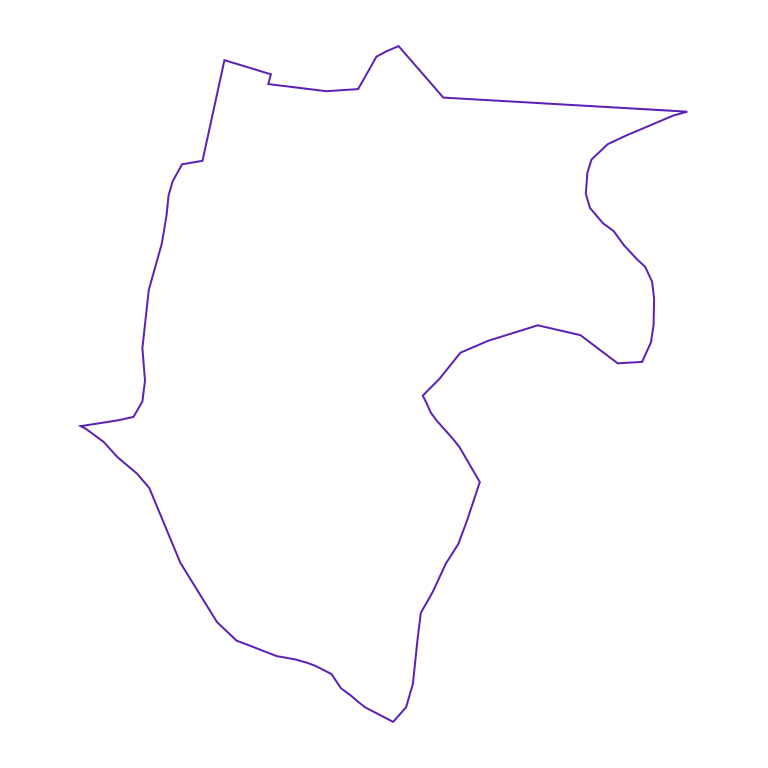 Pusa, Sarawak, Malaysia
{"feature_id": "92858781B40387139442699", "entity_name": "Pusa", "entity_type": "district", "adm_level": 2, "iso_a3": "MYS", "parent_name": "Malaysia", "parent_adm1": "Sarawak", "projection": "equal_earth", "projection_center": [111.164, 1.539], "detail": "fine", "context": "isolated", "style": "outline", "palette": "violet", "viewbox_px": 768, "rotation_deg": 0, "n_neighbors": 0, "source": "geoboundaries", "source_scale": "gbopen_adm2", "svg_char_len": 1157}
<svg xmlns="http://www.w3.org/2000/svg" viewBox="0 0 768 768"><path d="M315.7,666.0L331.5,674.1L340.9,688.2L351.3,695.9L358.6,702.2L364.9,707.2L393.1,721.9L406.1,707.2L412.9,683.9L417.6,638.9L420.8,612.9L432.8,591.8L445.8,563.7L458.3,544.0L467.2,520.1L479.8,482.1L459.4,447.0L452.6,438.5L443.2,428.0L436.4,420.2L430.7,412.5L427.0,404.1L422.8,395.6L439.5,378.8L460.4,352.7L488.1,340.8L537.7,325.3L580.5,335.2L617.6,363.3L642.1,361.9L651.0,342.2L653.6,324.6L654.1,298.6L652.1,281.7L645.3,267.0L636.9,259.2L623.9,245.2L613.5,230.9L611.9,229.8L602.9,223.2L589.9,207.8L585.8,193.6L587.4,172.7L591.5,159.5L607.8,144.1L626.6,135.3L673.1,115.6L687.3,111.7L443.3,97.6L398.6,46.1L386.8,51.1L376.4,56.7L368.5,70.8L358.1,89.1L326.2,91.2L268.3,84.1L270.9,74.3L224.5,60.2L224.4,60.2L224.4,60.4L202.5,160.8L182.1,164.3L172.7,181.2L168.6,195.2L166.5,215.6L161.8,243.7L148.8,289.8L142.4,348.2L145.0,380.8L142.4,401.4L133.5,416.9L118.2,420.3L80.7,426.1L85.7,428.7L103.6,441.9L117.5,457.2L137.1,473.7L149.3,488.0L180.3,562.7L217.0,622.1L236.6,640.7L251.3,646.2L265.2,651.7L276.6,656.1L295.3,659.4L306.8,662.7L315.7,666.0Z" fill="none" stroke="#5b21b6" stroke-width="2"/></svg>